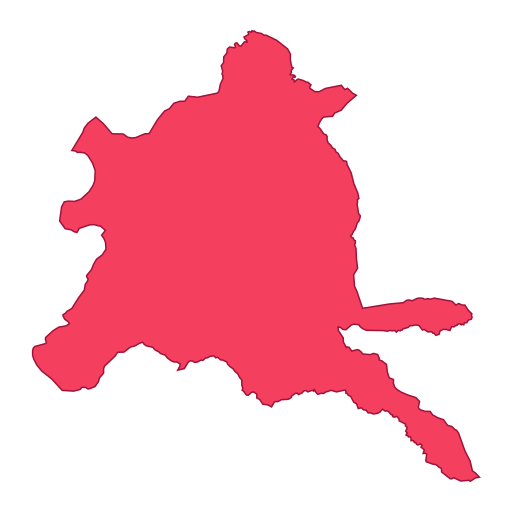 outline of Pital, Huila, Colombia
{"feature_id": "7082276B7472768394533", "entity_name": "Pital", "entity_type": "district", "adm_level": 2, "iso_a3": "COL", "parent_name": "Colombia", "parent_adm1": "Huila", "projection": "mercator", "projection_center": [-75.81, 2.257], "detail": "fine", "context": "isolated", "style": "filled", "palette": "rose", "viewbox_px": 512, "rotation_deg": 0, "n_neighbors": 0, "source": "geoboundaries", "source_scale": "gbopen_adm2", "svg_char_len": 5986}
<svg xmlns="http://www.w3.org/2000/svg" viewBox="0 0 512 512"><path d="M356.4,95.3L352.7,93.3L347.5,88.3L344.8,89.6L341.3,85.3L325.5,88.4L319.2,91.7L314.8,91.6L310.2,88.5L309.6,87.1L311.0,84.9L307.9,82.2L306.2,82.1L303.8,80.7L298.6,79.1L297.6,79.2L294.4,81.9L293.8,79.6L292.3,79.4L292.2,78.8L293.3,77.0L295.1,77.2L295.4,76.4L293.8,75.0L290.5,74.9L290.0,74.4L291.4,72.6L291.2,70.5L293.3,67.9L292.1,67.3L291.2,64.5L290.3,59.2L290.5,54.3L287.6,48.9L276.7,40.3L266.0,35.1L264.0,35.2L261.3,33.4L256.6,32.6L254.0,30.9L253.1,31.6L252.0,30.7L251.2,32.2L249.3,31.5L247.9,32.1L248.7,33.9L248.2,34.7L244.0,37.0L245.0,39.1L246.9,40.7L247.1,42.0L244.4,41.8L241.0,46.1L239.4,45.9L237.0,42.9L235.4,43.1L234.5,44.2L235.4,46.6L234.8,47.8L229.6,47.0L227.3,49.0L226.8,53.2L223.8,56.8L223.5,62.8L221.2,65.7L222.7,71.3L222.0,74.3L222.8,75.3L223.0,78.5L220.4,84.1L218.9,91.3L217.4,93.1L197.7,97.2L188.3,96.2L184.9,101.2L179.8,101.3L173.8,103.3L169.3,108.8L164.6,111.0L157.6,119.5L149.1,133.6L144.8,133.8L135.7,137.6L132.0,138.0L127.6,137.2L123.3,134.0L112.1,133.8L103.2,123.5L95.9,117.1L88.0,123.2L84.4,127.9L82.5,132.9L71.8,150.5L75.5,151.0L77.4,152.5L79.7,152.2L85.0,153.1L87.9,155.6L92.6,163.1L95.2,170.6L94.7,180.9L92.9,185.7L89.0,191.7L81.0,199.1L74.7,201.4L68.3,201.1L64.3,201.8L61.6,206.8L59.6,221.0L65.2,228.7L71.4,229.9L73.9,231.6L76.9,232.5L79.3,228.4L89.5,224.9L93.9,224.6L100.8,226.4L105.4,230.3L101.6,235.2L104.0,238.6L105.5,242.4L106.0,249.2L102.1,255.0L96.6,259.1L93.4,264.6L91.5,269.6L86.7,275.4L86.6,276.7L88.1,279.1L87.2,281.7L85.3,284.2L84.3,290.1L78.8,297.4L71.8,308.5L66.8,311.4L65.6,313.1L63.0,314.7L63.0,316.0L64.8,319.3L68.6,322.1L69.4,323.7L66.1,325.9L58.8,327.1L53.1,330.7L45.6,337.5L45.4,339.6L46.3,342.0L45.8,343.5L35.0,346.4L33.3,348.1L32.6,350.9L32.6,355.1L33.6,358.8L36.8,365.0L41.7,371.0L52.0,379.2L62.2,390.4L73.7,391.1L80.2,389.5L81.8,387.3L86.0,387.5L87.5,388.8L89.1,388.9L95.1,386.5L98.4,381.8L99.5,377.9L103.6,373.1L103.6,368.8L104.5,366.2L115.1,356.1L117.6,352.3L123.9,352.1L130.6,347.0L135.2,345.8L139.6,343.2L142.8,342.3L144.1,344.3L146.3,345.8L152.8,347.3L154.8,349.7L159.1,352.1L160.4,353.5L165.2,355.1L167.5,358.1L171.4,360.9L174.1,362.0L176.7,361.9L180.1,364.0L180.0,365.8L177.7,370.2L184.3,368.6L188.3,362.1L189.7,361.0L192.4,361.0L194.3,362.3L197.2,362.1L201.1,360.1L202.9,360.4L205.4,358.1L207.4,357.8L210.1,356.3L214.0,355.9L215.7,357.8L217.8,357.3L220.5,359.8L223.1,360.2L226.9,362.1L227.6,364.1L229.8,366.5L233.1,368.8L235.1,371.6L237.6,373.6L239.9,377.9L241.8,380.0L241.8,385.1L242.8,388.4L242.1,390.2L243.8,391.4L245.6,394.1L246.7,395.1L248.4,395.2L251.7,392.2L254.0,392.1L256.8,394.2L256.8,398.0L259.7,399.5L262.8,404.2L267.8,404.9L271.6,406.9L274.3,402.1L276.3,401.4L277.5,401.8L281.4,399.7L288.3,399.3L290.5,398.0L291.5,397.1L291.4,396.2L295.5,393.3L297.2,393.2L298.5,394.6L302.4,392.7L303.4,391.3L304.7,390.6L306.4,390.8L307.8,391.9L312.1,390.3L313.6,391.1L313.9,389.7L314.6,389.5L315.5,391.8L317.5,394.2L318.3,394.2L321.0,393.3L323.7,393.5L325.3,392.2L331.2,390.3L336.4,391.9L345.1,390.0L345.8,390.7L345.9,393.2L347.2,393.6L348.2,395.3L350.5,396.2L353.9,402.4L356.4,403.6L358.3,408.6L361.4,407.8L363.4,409.8L366.1,410.2L368.1,412.9L370.7,412.9L373.3,414.0L377.3,413.4L379.8,412.2L382.5,409.2L385.2,411.1L387.3,410.9L388.4,411.5L391.2,414.7L392.8,414.9L392.5,416.2L393.0,416.8L394.7,417.2L396.4,416.4L397.4,416.9L399.0,419.0L399.2,420.9L405.6,424.1L405.3,425.8L407.3,427.5L405.7,431.3L407.5,433.2L406.2,434.2L406.2,435.4L407.8,435.6L408.4,437.0L410.3,436.7L411.0,438.1L411.0,440.7L413.4,440.6L414.4,442.6L415.8,442.5L416.4,444.1L417.7,445.0L420.5,443.9L422.0,445.4L421.0,447.2L424.3,449.8L423.1,453.5L425.5,453.3L426.7,454.3L425.8,460.4L426.2,461.7L432.3,464.0L435.9,464.6L439.1,467.3L441.3,468.3L441.6,472.0L450.0,478.6L451.7,478.9L453.6,477.7L460.7,481.0L469.0,480.3L470.3,481.3L475.5,477.9L479.4,477.2L475.2,472.8L472.4,470.8L470.1,461.0L464.9,450.8L458.5,432.9L456.4,430.1L455.3,429.9L451.8,426.5L447.6,425.4L443.4,419.6L437.9,417.8L432.6,414.9L430.2,411.4L424.8,411.3L420.3,409.7L418.6,408.2L418.4,406.7L419.6,401.5L415.9,397.6L407.6,394.9L400.9,392.0L396.6,389.2L394.6,386.9L393.4,383.3L393.5,379.5L389.2,377.8L387.3,371.8L386.5,364.4L381.9,360.9L379.1,359.8L379.3,358.2L377.7,354.5L373.5,353.4L370.3,354.6L362.4,353.9L361.7,352.4L358.7,349.9L356.7,349.7L351.8,351.1L349.1,347.3L347.0,346.9L346.3,347.5L343.4,342.0L343.2,337.8L338.4,330.4L338.0,327.0L340.4,327.4L342.9,329.5L346.0,329.7L351.3,325.0L353.8,324.2L358.9,324.7L359.6,326.1L362.5,328.6L366.3,330.3L382.9,330.6L387.2,331.2L390.3,330.4L391.9,330.9L394.6,330.5L396.5,332.2L397.7,330.7L398.8,330.3L400.1,330.9L401.0,330.1L402.1,330.1L402.8,329.0L408.1,327.4L410.2,325.6L411.6,325.8L415.5,325.0L418.8,325.3L422.4,330.0L424.3,329.5L427.8,331.9L431.6,331.7L432.7,333.1L434.1,333.2L435.8,335.3L439.0,334.4L440.0,331.1L443.0,329.4L446.0,329.4L450.0,330.5L451.6,326.6L454.0,326.9L455.1,325.9L457.1,325.3L457.5,324.3L460.1,323.7L461.2,324.9L462.2,324.3L463.8,324.8L464.4,322.8L466.7,322.8L468.5,320.1L471.3,319.2L472.1,317.3L471.4,315.1L471.9,313.8L468.4,310.4L464.8,305.0L462.0,305.0L458.6,303.5L455.9,305.0L452.0,301.3L434.3,298.1L430.4,299.2L427.6,298.6L425.8,299.2L424.2,299.1L423.0,298.3L419.0,298.0L416.6,298.6L412.4,300.7L409.0,300.0L406.8,300.2L403.2,302.7L389.3,304.0L362.6,308.3L356.8,291.1L354.6,286.5L353.6,274.9L357.6,268.2L356.4,258.7L356.0,248.5L354.5,244.6L355.4,243.3L355.4,240.8L354.1,240.1L353.2,238.0L351.1,237.0L350.7,235.8L352.1,234.6L353.4,231.6L355.4,228.9L357.4,222.5L358.7,221.6L360.2,217.1L360.2,215.6L358.6,213.6L357.0,203.6L357.6,202.3L357.4,199.8L358.9,198.4L357.8,193.1L353.9,183.7L351.2,172.9L347.1,164.6L346.6,161.7L345.8,161.0L343.7,160.9L342.9,160.3L339.9,156.7L338.2,153.4L336.0,151.9L334.9,149.2L332.5,147.9L330.9,145.3L328.2,143.0L327.1,139.9L327.1,136.3L325.9,134.7L323.9,134.1L319.6,128.0L317.8,126.5L320.5,120.7L322.8,117.6L324.2,117.0L332.6,116.3L334.6,113.1L341.2,110.2L347.1,103.2L356.4,95.3Z" fill="#f43f5e" stroke="#9f1239" stroke-width="1.5"/></svg>